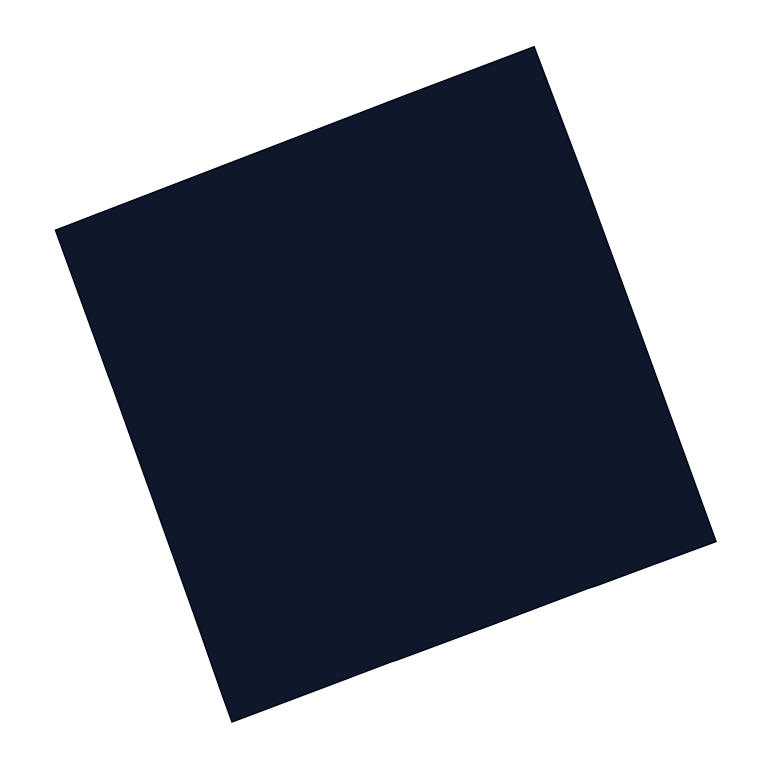 Elkhart, Indiana, United States of America (Robinson projection), rotated 250°
{"feature_id": "52423323B1645348206276", "entity_name": "Elkhart", "entity_type": "district", "adm_level": 2, "iso_a3": "USA", "parent_name": "United States of America", "parent_adm1": "Indiana", "projection": "robinson", "projection_center": [-85.898, 41.598], "detail": "fine", "context": "isolated", "style": "filled", "palette": "ink", "viewbox_px": 768, "rotation_deg": 250, "n_neighbors": 0, "source": "geoboundaries", "source_scale": "gbopen_adm2", "svg_char_len": 507}
<svg xmlns="http://www.w3.org/2000/svg" viewBox="0 0 768 768"><g transform="rotate(250 384 384)"><path d="M649.6,640.4L647.8,502.9L640.9,127.9L556.9,127.9L523.9,127.9L523.2,127.9L492.7,127.8L491.4,127.8L470.2,128.0L365.6,127.5L361.7,127.5L343.9,127.4L232.1,126.7L210.9,126.5L146.4,125.6L118.4,125.6L119.9,252.9L120.0,255.9L120.5,295.9L120.2,300.3L120.9,402.4L122.2,505.9L121.8,513.8L122.2,573.2L122.4,642.1L347.7,642.4L499.9,642.2L649.6,640.4Z" fill="#0f172a" stroke="#020617" stroke-width="1.5"/></g></svg>